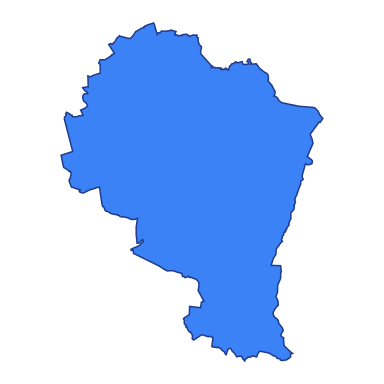 outline of Santa Catarina, Guanajuato, Mexico
{"feature_id": "50627088B8420918184239", "entity_name": "Santa Catarina", "entity_type": "district", "adm_level": 2, "iso_a3": "MEX", "parent_name": "Mexico", "parent_adm1": "Guanajuato", "projection": "orthographic", "projection_center": [-100.077, 21.141], "detail": "fine", "context": "isolated", "style": "filled", "palette": "blue", "viewbox_px": 384, "rotation_deg": 0, "n_neighbors": 0, "source": "geoboundaries", "source_scale": "gbopen_adm2", "svg_char_len": 5888}
<svg xmlns="http://www.w3.org/2000/svg" viewBox="0 0 384 384"><path d="M100.2,59.7L98.7,63.1L99.4,63.8L99.9,63.9L100.2,66.3L100.2,73.1L93.4,75.3L90.3,76.8L87.9,75.9L88.2,86.8L83.3,87.4L82.6,87.8L85.0,90.8L87.5,92.4L87.8,93.5L84.9,93.7L83.8,94.3L83.0,95.5L82.7,97.9L82.9,98.7L83.3,99.5L83.4,100.7L84.6,101.7L85.0,102.3L86.5,103.4L87.6,105.9L87.6,106.2L85.2,107.9L82.4,109.4L80.6,110.0L82.5,113.9L82.9,115.5L79.3,115.7L76.7,116.7L75.5,116.9L72.6,116.7L72.3,116.3L72.2,115.3L70.4,114.7L69.1,113.5L66.5,112.3L65.8,113.4L65.9,114.8L66.3,115.3L65.2,116.6L64.5,117.0L64.5,118.3L64.3,118.8L72.7,151.5L61.1,155.2L63.2,165.7L63.8,167.5L68.1,170.2L68.7,170.7L69.1,171.5L69.5,171.6L69.8,171.2L70.1,171.3L70.4,171.5L70.9,172.1L71.1,174.8L70.6,176.1L70.2,178.5L69.6,179.0L69.5,179.5L69.2,179.8L69.1,181.0L71.4,187.0L78.5,189.4L80.0,189.5L80.2,190.0L79.3,190.7L79.3,191.5L79.8,192.0L82.0,192.9L83.9,192.8L89.8,189.8L92.3,189.2L97.0,187.6L99.5,187.2L101.8,203.2L102.7,206.6L103.4,206.6L104.0,207.5L105.2,210.6L105.8,211.1L107.3,211.4L108.7,211.9L110.0,213.1L110.9,213.5L113.9,214.3L116.0,214.6L117.1,214.4L117.4,214.8L117.5,215.4L119.4,215.4L119.8,216.4L122.3,217.0L123.8,216.9L126.7,217.5L127.9,217.9L130.7,219.2L132.0,219.5L134.3,219.4L136.5,218.9L137.5,218.5L136.2,227.0L136.2,234.7L137.1,243.3L138.9,243.1L142.4,239.5L143.2,240.4L143.3,241.8L142.2,242.3L140.6,243.8L140.3,244.9L136.0,247.1L133.7,247.9L132.4,248.8L131.0,249.2L131.2,250.5L133.2,250.3L133.5,253.4L158.1,265.5L162.0,267.8L164.2,269.4L167.5,271.0L168.6,270.8L173.0,270.7L177.9,272.4L181.4,273.2L181.4,273.8L182.4,274.7L182.4,276.2L182.6,276.6L184.2,276.5L185.0,277.6L186.3,277.4L188.4,276.2L189.0,276.8L189.2,277.5L191.0,277.4L195.6,279.1L196.7,279.9L198.6,281.9L199.0,285.0L198.2,290.7L203.9,301.3L202.5,301.6L201.4,302.2L200.6,307.7L189.6,306.4L189.3,314.7L187.1,316.0L185.8,317.0L185.2,317.2L184.4,317.8L183.8,318.5L183.5,318.6L183.7,319.3L184.3,320.3L184.3,323.8L184.7,324.4L186.0,325.0L186.0,325.5L185.6,326.7L185.9,327.0L186.5,327.2L187.1,327.2L187.1,328.3L188.0,330.0L189.3,331.8L189.5,332.0L190.0,332.0L190.4,332.5L190.8,332.3L191.3,332.9L192.5,335.9L192.4,337.5L192.1,338.4L192.5,338.7L192.6,339.2L193.2,339.7L193.6,340.0L194.8,339.3L201.8,334.7L208.6,336.8L209.7,336.2L213.0,337.7L211.8,346.5L212.8,347.0L215.4,347.3L217.4,347.7L218.5,347.0L219.5,348.0L221.5,349.4L221.8,350.0L222.3,350.5L224.6,352.1L224.8,353.0L225.1,353.7L226.1,354.7L228.1,349.0L229.0,348.6L230.0,348.4L230.7,348.6L232.4,351.4L235.0,353.9L236.6,356.8L239.5,356.2L241.4,356.3L242.0,356.8L242.6,358.7L244.8,361.0L245.2,359.6L248.3,356.9L250.2,357.3L252.4,355.9L256.7,356.9L257.6,354.2L259.5,351.3L262.2,351.6L268.2,352.9L270.4,353.8L273.1,355.7L275.8,356.5L277.2,358.4L280.0,358.8L280.2,359.8L281.5,360.5L283.8,360.4L284.5,359.9L285.5,360.2L287.7,359.3L288.4,358.4L288.9,358.3L290.6,356.9L290.5,354.1L292.6,353.4L290.9,352.2L284.2,345.9L283.6,340.9L283.6,337.6L282.0,337.0L281.0,335.6L280.9,334.8L281.2,333.8L283.0,331.2L283.2,330.1L282.2,327.7L278.7,323.2L278.3,320.4L277.0,318.9L274.6,317.1L274.2,316.6L273.2,314.4L273.1,313.1L273.3,312.2L275.0,308.8L277.1,306.2L278.1,305.6L278.2,305.0L278.0,301.1L275.9,296.5L277.5,292.2L277.7,285.1L280.6,278.4L280.7,273.6L280.9,272.3L281.3,271.8L280.6,265.7L271.2,265.4L273.2,258.7L275.9,254.3L276.2,249.0L279.5,244.7L280.6,242.7L281.8,242.1L282.4,241.2L281.8,240.3L281.6,239.6L281.7,238.8L282.4,237.7L282.1,236.6L283.7,234.8L283.8,232.3L285.2,232.1L285.7,231.5L285.4,230.4L285.7,230.0L286.4,229.8L286.8,229.1L286.5,228.6L286.7,228.0L287.5,226.9L288.6,225.8L288.7,225.3L289.1,224.8L289.0,223.9L288.8,223.4L289.4,222.3L289.2,221.8L289.4,221.4L289.8,221.1L290.1,219.9L290.9,218.9L290.8,213.2L293.9,209.3L294.4,205.8L293.9,205.6L295.5,202.2L295.2,200.9L294.7,200.3L294.7,199.9L295.1,199.1L295.5,197.2L296.5,195.6L299.6,186.4L300.1,185.8L300.1,185.0L300.9,184.0L300.5,181.9L301.3,180.8L303.1,179.5L303.1,178.8L302.5,177.9L302.2,176.7L302.4,174.7L305.2,164.7L305.6,163.7L306.9,164.6L308.7,164.8L311.5,163.9L312.0,163.4L312.4,161.6L312.2,160.6L311.4,159.6L309.7,158.5L308.3,157.2L307.2,156.8L313.0,143.3L311.9,138.4L310.1,134.4L319.0,122.2L320.0,122.5L322.9,118.5L320.2,115.4L317.9,110.9L314.9,107.9L311.8,107.2L311.6,107.3L298.5,106.2L281.8,102.7L278.6,100.4L278.5,99.4L277.0,97.4L275.4,96.5L273.8,96.0L273.9,95.9L274.5,95.7L275.2,91.9L271.6,84.9L271.0,84.4L269.1,82.0L268.1,81.2L268.4,79.7L268.4,77.0L268.0,74.9L267.1,73.6L264.2,72.0L259.4,68.1L256.5,64.0L256.2,63.8L250.6,64.2L251.3,62.8L250.2,61.5L250.0,59.2L248.4,59.1L247.1,61.3L247.4,61.3L248.3,62.5L248.2,63.6L248.4,63.9L248.2,64.4L248.5,64.6L247.4,64.3L243.6,64.5L242.8,63.9L242.1,61.6L238.1,62.7L236.6,62.6L236.7,62.3L236.4,61.9L235.4,62.0L234.8,62.3L233.9,63.3L231.7,63.9L230.9,65.2L230.1,65.7L229.3,67.0L229.1,68.4L228.5,69.0L228.2,70.1L227.1,69.2L226.4,68.5L226.5,69.0L226.3,69.2L224.2,68.8L224.0,69.6L223.6,69.5L220.6,69.4L220.7,68.9L221.4,68.5L221.5,68.3L220.1,67.9L218.0,67.7L215.5,68.1L215.2,67.9L214.9,67.3L213.9,67.1L211.3,67.8L211.2,67.1L212.0,65.9L211.6,65.9L201.2,54.3L200.5,52.4L201.5,47.0L201.5,46.5L200.9,46.3L199.2,44.3L198.4,42.0L198.0,39.1L198.3,37.9L197.5,37.7L197.1,37.2L197.0,35.3L196.7,34.9L195.4,35.4L193.6,34.9L190.2,36.0L190.0,36.5L188.9,36.2L188.3,34.9L187.1,34.8L186.1,34.1L184.6,34.5L182.7,34.6L182.0,35.7L181.1,35.5L180.9,35.2L178.7,36.0L177.0,34.9L174.6,34.9L176.0,31.5L171.0,30.1L167.7,31.1L167.3,30.9L166.5,31.2L161.4,31.1L160.8,32.0L160.3,32.2L160.0,32.8L159.6,32.9L158.9,32.7L157.9,33.1L157.1,34.3L154.3,24.3L153.6,23.0L149.1,24.4L146.4,25.4L144.6,26.3L143.8,27.0L144.1,27.6L141.5,28.2L139.4,29.6L135.6,31.6L135.3,32.3L133.6,34.9L132.0,36.8L130.2,38.4L128.0,38.3L119.5,36.0L119.4,35.8L117.4,37.8L116.8,38.1L115.1,41.5L114.4,42.2L113.9,42.4L112.1,44.3L111.6,44.1L110.9,43.5L109.8,43.8L109.5,44.3L108.8,44.5L114.4,53.5L112.8,54.2L111.3,55.2L111.6,55.6L104.8,59.8L100.2,59.7Z" fill="#3b82f6" stroke="#1e3a8a" stroke-width="1.5"/></svg>